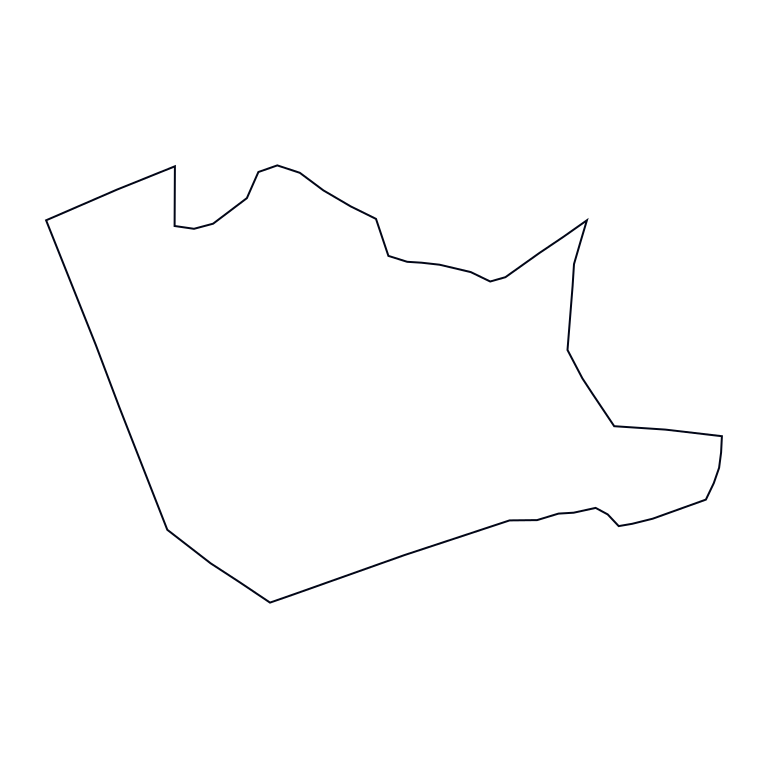 Cupira, Pernambuco, Brazil (Mercator projection)
{"feature_id": "56859067B27698814663708", "entity_name": "Cupira", "entity_type": "district", "adm_level": 2, "iso_a3": "BRA", "parent_name": "Brazil", "parent_adm1": "Pernambuco", "projection": "mercator", "projection_center": [-35.912, -8.583], "detail": "fine", "context": "isolated", "style": "outline", "palette": "ink", "viewbox_px": 768, "rotation_deg": 0, "n_neighbors": 0, "source": "geoboundaries", "source_scale": "gbopen_adm2", "svg_char_len": 773}
<svg xmlns="http://www.w3.org/2000/svg" viewBox="0 0 768 768"><path d="M174.9,166.3L117.0,189.6L46.1,220.3L95.9,345.2L119.2,406.9L167.3,529.8L210.6,563.3L239.9,582.4L270.0,602.6L295.3,593.8L404.4,555.1L509.6,520.4L537.1,520.1L558.5,513.6L573.7,512.7L595.6,507.9L607.7,514.4L618.7,526.1L632.2,523.8L652.7,518.7L705.9,499.6L713.8,483.1L719.1,467.8L721.1,452.4L721.9,436.2L665.4,429.6L614.2,426.2L592.5,393.8L582.4,378.4L567.5,350.0L572.6,286.0L574.0,264.1L580.2,242.8L586.9,220.3L563.0,237.1L539.4,253.0L505.4,277.2L490.2,281.5L470.8,272.1L439.5,264.7L421.5,262.7L407.2,261.8L388.4,255.9L376.0,218.9L350.7,206.4L323.4,190.4L299.8,172.8L277.3,165.4L258.4,172.0L246.9,198.1L213.1,223.7L194.0,228.8L174.6,226.0L174.9,166.3Z" fill="none" stroke="#020617" stroke-width="2"/></svg>